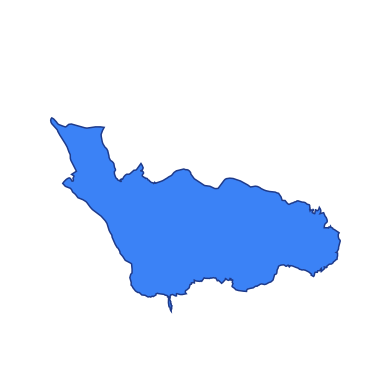 the district of Magherani, Mures, Romania, rotated 241°
{"feature_id": "2599482B35155087466971", "entity_name": "Magherani", "entity_type": "district", "adm_level": 2, "iso_a3": "ROU", "parent_name": "Romania", "parent_adm1": "Mures", "projection": "equal_earth", "projection_center": [24.936, 46.581], "detail": "fine", "context": "isolated", "style": "filled", "palette": "blue", "viewbox_px": 384, "rotation_deg": 241, "n_neighbors": 0, "source": "geoboundaries", "source_scale": "gbopen_adm2", "svg_char_len": 5949}
<svg xmlns="http://www.w3.org/2000/svg" viewBox="0 0 384 384"><g transform="rotate(241 192 192)"><path d="M133.5,275.5L134.0,273.4L134.1,270.9L134.6,270.4L136.3,269.8L139.4,269.3L140.9,266.9L141.2,266.8L144.4,267.5L148.9,267.1L150.0,265.9L151.6,264.7L154.9,260.0L157.2,257.4L158.8,256.0L161.5,254.1L162.7,253.6L164.2,252.6L165.3,251.7L166.4,250.2L168.0,245.6L171.1,244.2L178.2,239.7L183.9,234.5L185.8,231.7L187.0,228.5L187.0,227.0L186.5,225.5L182.5,216.6L183.3,214.7L184.1,213.5L188.3,210.5L191.6,206.1L202.5,200.4L208.1,199.7L209.8,200.2L211.7,199.9L213.2,199.2L213.8,198.4L214.0,198.4L214.8,196.9L215.2,196.8L216.1,195.9L218.1,188.6L217.8,185.7L216.6,182.7L216.4,181.8L216.5,178.9L216.3,177.4L216.1,172.1L216.4,169.7L217.3,165.0L217.2,164.6L217.4,164.3L217.8,164.4L218.6,164.0L218.1,163.4L218.3,163.1L218.1,162.6L219.0,162.3L220.1,161.0L221.3,160.6L221.8,160.2L222.1,160.1L222.6,160.3L223.6,159.8L223.9,159.4L225.2,159.4L225.7,159.2L226.3,158.5L226.5,157.8L227.5,157.8L228.4,156.9L229.0,156.8L229.2,156.6L230.1,156.3L230.7,156.6L231.3,157.2L231.6,158.2L231.9,158.7L232.8,159.1L234.1,158.8L235.3,157.5L235.5,157.6L235.3,159.0L235.8,159.8L236.8,161.0L239.3,161.3L241.7,161.2L238.4,154.2L238.6,152.8L239.2,151.8L238.1,146.9L238.0,145.7L239.2,143.5L239.1,142.0L238.7,140.7L238.1,139.3L236.9,137.6L236.9,137.4L237.2,137.2L236.9,136.2L237.0,135.9L237.4,136.6L237.6,136.5L237.5,135.2L237.3,135.0L235.6,135.1L235.6,134.9L238.7,132.8L239.6,133.0L240.6,132.4L242.4,132.4L245.3,132.9L247.4,133.9L247.9,135.1L248.4,135.8L249.5,136.1L250.9,136.1L254.8,137.4L256.0,137.3L257.5,136.9L258.1,136.5L259.5,136.0L261.3,136.1L262.4,136.2L263.7,136.8L269.0,138.3L271.4,138.3L273.5,137.6L275.7,137.5L277.8,137.5L279.9,138.0L284.4,139.5L286.4,140.4L289.2,143.6L291.1,146.5L293.2,143.7L295.7,139.3L298.8,131.1L300.1,129.4L309.9,119.5L310.9,117.1L310.6,115.3L310.2,113.9L310.3,112.8L311.9,111.3L315.7,108.1L317.0,107.6L319.0,107.4L323.0,106.4L324.8,105.3L324.4,104.3L323.3,103.2L321.3,102.5L319.6,102.5L311.7,104.3L309.8,104.0L305.9,104.0L295.8,104.6L291.8,104.6L286.7,103.8L283.7,103.6L280.2,101.8L278.3,101.4L266.2,101.0L265.8,95.2L264.5,95.9L264.2,96.2L263.4,96.5L262.7,96.1L262.4,95.6L262.3,95.2L261.8,95.0L261.3,94.3L260.1,94.2L259.3,93.6L259.4,92.7L259.7,92.3L261.9,92.3L263.3,92.0L263.9,91.4L264.0,90.8L264.1,89.5L263.9,87.8L263.1,85.1L262.2,83.1L258.6,83.9L257.8,84.4L254.2,87.4L252.4,87.8L250.0,87.6L246.5,88.9L242.3,89.5L238.1,92.9L235.2,94.5L234.0,94.9L227.8,95.7L224.9,96.4L215.0,100.8L208.9,102.2L205.7,102.4L198.6,100.9L196.0,100.8L193.2,101.0L191.0,100.2L183.3,99.5L179.8,99.6L178.6,100.1L175.2,100.1L173.1,99.4L169.3,100.2L164.6,100.5L159.6,103.8L158.4,104.3L153.4,102.1L150.3,100.3L149.7,98.5L147.2,96.1L142.4,95.0L140.1,93.6L139.1,93.9L138.0,94.0L136.9,93.9L132.8,94.6L130.4,95.9L129.6,97.2L126.3,98.2L124.4,100.9L121.6,102.6L121.3,103.2L121.1,104.1L120.1,105.0L120.2,106.6L119.3,107.5L119.4,108.8L119.4,110.5L120.3,111.1L120.2,112.6L119.3,113.5L116.1,117.8L115.3,118.4L114.9,118.4L113.7,119.9L113.1,120.1L112.2,119.8L112.2,120.5L111.6,120.7L106.6,117.7L104.0,116.7L102.7,116.3L102.1,116.9L100.2,116.2L98.5,115.9L97.8,116.0L98.9,116.5L99.7,117.6L101.5,118.6L102.1,119.3L102.9,119.0L103.8,119.3L104.4,119.2L104.6,119.6L105.3,119.5L106.1,120.2L106.9,120.2L107.7,120.4L109.0,120.4L109.4,120.6L109.8,121.1L109.9,121.6L110.9,121.9L111.5,122.4L111.6,122.8L112.3,123.3L111.8,125.3L109.1,127.2L108.7,128.0L110.5,129.0L110.5,129.5L108.1,131.9L107.1,133.6L105.8,137.7L107.4,137.5L108.3,138.0L108.8,138.5L108.9,139.1L108.9,140.3L109.5,143.0L112.0,145.5L111.7,146.8L112.0,147.2L112.8,147.5L112.2,149.1L111.3,150.0L113.8,151.3L112.3,152.3L109.9,155.7L109.9,156.8L109.2,157.2L111.0,161.0L110.1,161.7L108.4,164.6L107.8,165.6L107.8,166.5L107.2,167.4L106.7,169.2L105.7,170.2L105.4,171.0L105.2,171.1L102.1,171.1L102.0,172.2L100.0,173.0L97.8,173.6L98.0,175.0L99.3,178.9L99.8,179.0L100.1,179.3L99.9,179.5L98.0,180.2L97.0,181.1L96.9,181.6L97.0,182.4L97.5,183.1L97.9,183.3L97.4,184.0L96.3,183.8L95.9,183.5L95.5,184.8L95.2,184.9L94.1,183.9L93.3,183.3L92.1,183.5L90.2,181.3L89.6,181.3L87.1,182.5L85.3,182.9L83.3,184.9L80.4,188.8L78.6,191.5L79.6,192.2L80.1,193.3L80.0,194.0L79.6,195.8L78.5,199.1L78.8,201.6L78.6,202.4L78.0,203.2L78.2,203.6L78.1,205.6L78.3,206.6L77.9,208.3L75.9,210.6L75.5,212.2L75.5,215.4L75.1,217.3L75.6,219.9L75.9,220.4L79.7,224.2L79.5,225.3L79.5,226.0L79.8,226.6L80.9,227.5L82.5,228.6L83.9,230.6L84.6,231.1L85.1,231.8L85.1,233.1L84.9,234.4L84.0,236.7L83.0,237.5L81.7,238.0L81.4,238.3L81.2,239.0L81.5,239.5L81.4,240.6L79.3,240.8L79.5,241.5L80.2,241.6L79.9,242.4L79.1,243.5L78.4,244.2L75.4,246.6L74.5,247.5L73.6,248.1L72.3,248.6L71.1,249.9L70.5,250.3L69.9,251.8L68.6,253.2L65.4,255.4L62.3,256.6L61.6,255.9L59.2,257.3L59.4,258.0L60.0,258.7L61.5,259.9L62.1,260.8L61.0,262.7L61.9,263.5L62.1,263.9L61.0,266.0L62.1,266.8L62.4,267.9L59.8,266.6L60.7,270.7L62.3,271.4L61.2,272.6L60.8,272.6L60.9,273.7L61.7,273.9L62.3,276.9L61.4,279.2L61.7,281.0L62.3,281.9L62.5,283.4L63.0,285.0L62.8,285.9L62.9,286.3L64.5,287.3L65.5,288.3L68.0,289.7L69.2,288.9L69.1,289.5L71.1,292.5L72.7,293.5L77.3,297.9L78.2,298.1L80.0,297.7L82.1,298.3L84.1,299.4L85.0,300.9L90.0,298.4L91.4,297.4L92.3,297.5L93.6,296.5L95.0,296.6L94.4,295.8L94.7,295.1L95.0,294.9L95.0,294.7L94.3,294.1L94.3,293.9L95.0,293.2L96.6,290.3L98.0,291.2L99.1,292.2L99.8,293.5L99.9,294.4L100.3,295.6L101.0,296.2L102.4,296.7L104.5,297.0L106.5,296.7L110.1,297.1L111.0,293.4L111.7,294.5L112.6,295.2L113.6,295.8L115.2,296.0L116.8,295.9L115.9,295.0L115.3,294.2L115.0,293.4L114.9,292.5L115.1,292.1L115.7,291.7L116.5,291.7L116.6,291.4L113.6,288.9L113.8,288.4L115.4,287.4L115.5,287.7L116.3,287.5L117.1,289.1L117.7,289.6L117.9,289.6L118.1,289.4L117.7,288.8L117.5,288.2L118.8,287.4L118.2,286.1L120.0,286.5L120.7,287.5L121.3,287.5L123.2,288.4L123.8,288.4L124.1,288.3L125.4,286.9L127.9,285.8L128.8,284.9L129.8,283.4L132.9,280.4L133.3,279.4L133.1,278.2L133.6,276.7L133.5,275.5Z" fill="#3b82f6" stroke="#1e3a8a" stroke-width="1.5"/></g></svg>